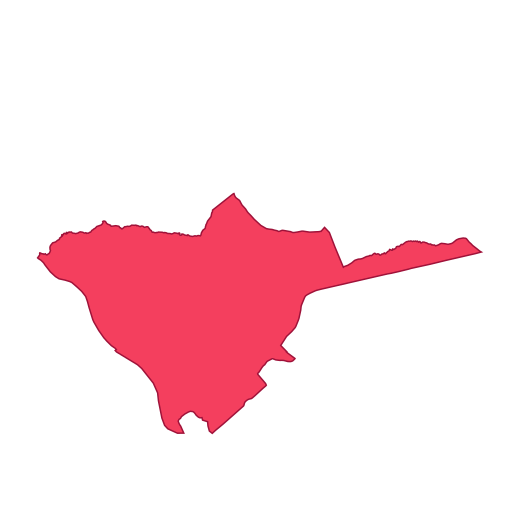 Oboga, Olt, Romania, rotated 141°
{"feature_id": "2599482B49636581279987", "entity_name": "Oboga", "entity_type": "district", "adm_level": 2, "iso_a3": "ROU", "parent_name": "Romania", "parent_adm1": "Olt", "projection": "mercator", "projection_center": [24.07, 44.419], "detail": "fine", "context": "isolated", "style": "filled", "palette": "rose", "viewbox_px": 512, "rotation_deg": 141, "n_neighbors": 0, "source": "geoboundaries", "source_scale": "gbopen_adm2", "svg_char_len": 6130}
<svg xmlns="http://www.w3.org/2000/svg" viewBox="0 0 512 512"><g transform="rotate(141 256 256)"><path d="M353.4,379.3L353.6,378.6L353.9,378.2L355.0,377.8L356.4,377.5L357.3,377.7L361.1,379.1L363.6,378.8L365.2,379.1L366.1,379.0L367.5,379.2L369.1,378.7L369.8,378.7L370.3,379.1L371.9,379.2L372.7,379.9L373.5,380.3L373.4,380.8L373.6,381.2L374.7,381.6L375.0,381.9L375.2,382.3L375.3,382.7L375.8,383.6L377.3,385.3L378.3,385.7L380.0,385.9L382.2,387.0L382.8,387.9L384.2,389.3L384.3,389.8L384.3,390.7L384.4,390.9L385.6,391.6L386.1,392.3L386.8,392.2L387.3,392.6L388.3,392.3L388.5,392.3L388.6,392.5L388.4,393.3L388.5,393.5L388.9,393.2L389.1,392.6L389.4,392.5L389.9,392.9L390.1,393.7L390.5,394.1L391.2,394.4L392.0,394.0L392.7,393.9L393.1,394.6L393.6,394.7L394.0,394.4L393.8,393.6L394.0,393.4L395.4,393.5L396.5,393.4L397.4,393.5L398.3,392.7L398.8,392.7L400.4,393.1L402.8,393.0L405.8,394.2L408.9,393.5L409.8,393.1L410.7,392.4L411.8,390.9L412.0,390.5L412.1,389.8L412.4,389.6L413.0,389.1L415.2,388.1L416.2,388.4L417.3,388.3L418.0,388.7L418.3,389.3L418.3,390.3L418.8,390.5L419.4,390.6L419.8,390.8L420.0,391.6L420.4,392.0L420.9,392.3L421.5,393.7L421.9,394.4L422.0,394.5L422.5,394.2L423.2,393.1L423.7,392.9L426.9,392.0L426.8,391.0L425.8,388.1L425.4,384.9L425.4,383.2L425.6,382.7L425.8,373.1L424.8,366.2L423.4,362.2L419.7,357.6L416.9,353.5L415.8,351.3L414.5,344.0L413.7,338.2L413.8,331.7L415.7,326.5L418.2,320.9L422.9,309.2L423.6,306.5L425.1,297.0L425.7,288.2L425.5,283.6L424.8,277.3L423.5,272.9L423.4,271.2L424.9,271.2L424.8,269.3L416.5,246.1L415.6,240.5L415.8,221.8L418.6,211.5L422.9,204.9L431.1,189.3L433.6,181.9L433.3,177.2L428.6,167.8L423.6,163.8L421.6,171.2L421.5,172.7L421.2,174.3L420.4,176.6L419.4,177.2L418.3,177.5L417.0,177.3L415.0,178.1L410.8,178.0L406.7,177.3L404.7,176.6L403.1,174.9L402.7,174.2L402.6,173.5L402.5,171.6L402.7,170.6L402.4,167.9L402.0,166.6L401.5,165.7L400.9,165.1L399.7,164.4L400.8,162.1L397.9,157.7L400.3,154.1L402.4,149.3L401.6,145.7L397.1,146.0L387.6,146.1L360.0,147.3L359.2,147.7L357.6,148.9L356.5,149.4L355.2,149.6L353.5,149.6L352.6,149.5L351.4,149.1L349.3,148.1L348.2,148.0L345.0,148.1L334.1,148.8L330.2,148.9L329.3,149.1L328.8,150.9L329.1,162.9L328.8,163.5L328.3,163.7L327.1,163.8L325.4,164.3L321.5,165.6L319.2,166.1L317.7,166.0L314.3,167.0L313.4,167.1L308.1,166.0L307.6,165.6L306.0,162.8L303.2,159.9L301.5,158.6L300.1,157.3L297.7,154.0L295.9,152.4L294.6,151.7L293.4,151.4L290.7,151.6L290.2,151.8L292.4,160.3L292.7,162.2L292.3,162.2L293.1,170.9L282.8,174.3L275.9,174.8L270.7,175.7L269.4,176.2L263.8,179.3L262.0,180.4L255.4,185.7L252.6,188.5L251.1,189.5L244.3,193.2L242.6,193.8L240.7,193.7L237.5,193.1L232.0,191.7L230.3,191.1L226.8,189.5L165.2,159.4L162.0,157.6L154.7,154.0L145.3,149.6L143.3,148.8L125.8,140.0L110.8,132.9L84.0,119.8L78.4,117.3L79.1,119.2L79.7,122.2L81.0,127.8L81.2,130.3L81.6,132.5L81.6,136.9L81.9,137.8L82.2,138.1L83.7,139.6L87.3,141.6L88.2,141.9L90.1,142.4L95.2,142.4L96.7,142.9L99.4,144.2L101.7,146.9L103.9,149.1L105.2,149.6L106.6,149.7L108.6,150.3L110.1,151.0L110.4,152.3L111.2,152.7L111.7,153.5L112.3,153.9L112.6,154.3L112.6,155.2L112.8,155.5L114.0,156.3L114.7,157.5L115.0,158.6L116.0,159.9L116.4,160.7L117.6,161.9L118.7,162.0L119.6,162.3L119.7,162.6L119.5,163.4L119.6,164.2L121.0,164.5L121.1,164.9L121.0,165.4L121.2,166.0L122.2,166.2L122.3,166.4L122.4,167.0L122.7,167.3L123.5,167.5L123.8,167.8L124.1,168.4L125.2,168.7L126.1,170.2L127.3,170.8L128.2,171.6L129.2,171.9L130.0,172.4L131.4,172.6L134.9,172.6L135.7,173.5L135.9,173.6L138.6,173.2L138.9,173.3L139.2,173.6L139.3,174.0L139.6,174.2L140.9,174.8L141.3,174.7L142.1,174.2L142.7,174.1L144.7,174.3L145.0,174.6L145.2,175.4L145.4,175.4L145.6,175.4L146.2,174.7L146.4,174.7L147.1,175.2L147.4,176.1L148.0,177.0L148.7,176.7L149.0,176.4L149.4,176.3L149.7,176.3L150.9,176.6L151.5,176.4L152.4,176.5L153.7,176.2L153.9,176.2L154.2,176.5L154.2,177.2L154.3,177.6L156.0,177.7L156.8,178.3L158.2,178.3L158.7,178.4L159.0,178.6L159.2,179.0L159.3,180.1L159.5,180.5L160.2,181.2L161.5,181.7L161.7,182.2L161.9,183.3L162.5,183.6L164.3,183.7L165.5,183.6L166.1,183.7L167.0,184.7L168.4,185.0L170.6,186.1L174.9,187.1L176.8,188.0L178.5,189.2L181.7,190.4L182.5,190.5L185.9,190.4L190.5,191.0L194.2,192.3L195.2,192.3L189.0,213.3L184.2,228.1L184.7,235.1L190.0,234.2L190.3,234.6L191.5,235.1L199.3,240.8L203.7,245.6L204.6,246.4L208.8,248.6L211.8,250.4L212.7,251.2L213.9,253.3L219.0,259.1L219.7,259.6L222.2,260.4L223.0,260.9L223.8,262.5L225.5,264.6L226.7,266.4L229.0,268.7L230.7,270.7L233.0,276.7L234.3,285.7L234.5,290.3L234.9,294.4L234.9,295.9L234.5,299.1L234.8,304.3L234.4,306.7L233.9,308.9L233.9,309.9L234.8,313.3L234.9,314.4L234.8,315.6L234.3,317.3L233.8,318.4L234.2,318.6L235.7,318.7L260.8,319.0L262.3,317.6L263.2,317.4L266.2,314.9L271.7,313.6L274.1,312.2L275.2,311.8L275.7,311.3L277.1,310.4L277.7,309.7L278.6,309.4L280.7,309.5L281.7,309.3L282.3,308.8L282.9,308.8L283.8,308.4L285.4,307.1L286.3,306.7L286.6,306.7L287.5,307.8L288.4,308.5L289.9,309.0L290.5,309.9L290.9,310.2L293.0,311.1L294.7,313.0L295.0,313.5L295.5,315.2L296.0,315.5L296.6,315.2L298.4,317.4L298.6,318.4L299.6,319.6L299.9,319.7L300.1,319.3L300.3,319.2L301.4,319.4L301.9,320.0L301.7,320.8L301.0,321.5L301.0,322.0L301.4,322.4L302.1,322.1L302.3,322.1L302.5,322.3L302.9,323.2L305.0,325.5L306.1,325.6L307.8,326.3L308.6,327.5L310.7,329.3L310.8,329.5L310.8,329.9L311.1,330.3L311.4,330.9L311.8,331.2L312.1,331.7L312.8,331.9L313.0,332.2L313.3,332.4L313.7,333.2L314.2,333.7L316.9,336.1L317.7,336.2L318.3,336.8L319.0,337.0L320.3,338.2L320.7,339.1L321.4,339.5L321.7,339.8L321.7,340.1L321.4,341.7L321.8,342.9L321.8,343.5L321.6,344.4L321.7,345.0L321.6,346.1L321.6,346.4L321.8,346.9L322.6,347.6L324.4,348.3L324.7,348.5L325.0,349.8L325.5,350.7L326.3,351.4L327.4,351.7L327.8,352.1L328.9,354.2L329.6,354.6L329.7,354.8L329.8,355.5L331.2,356.4L333.2,358.2L335.1,358.4L336.2,359.0L337.0,359.9L339.0,360.9L339.6,361.4L342.7,361.3L343.2,361.5L343.4,362.3L343.5,363.1L344.1,364.0L343.8,364.9L343.9,365.5L345.9,367.8L349.5,370.0L349.8,370.3L349.9,370.5L349.7,371.5L350.2,372.2L350.5,373.0L351.3,374.1L351.4,374.9L351.6,375.3L351.3,376.8L351.5,378.2L352.5,379.1L353.4,379.3Z" fill="#f43f5e" stroke="#9f1239" stroke-width="1.5"/></g></svg>